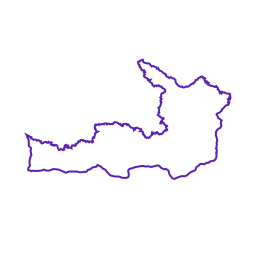 San Felipe, Guainía, Colombia, rotated 110°
{"feature_id": "7082276B30016646196042", "entity_name": "San Felipe", "entity_type": "district", "adm_level": 2, "iso_a3": "COL", "parent_name": "Colombia", "parent_adm1": "Guainía", "projection": "orthographic", "projection_center": [-67.469, 2.054], "detail": "fine", "context": "isolated", "style": "outline", "palette": "violet", "viewbox_px": 256, "rotation_deg": 110, "n_neighbors": 0, "source": "geoboundaries", "source_scale": "gbopen_adm2", "svg_char_len": 5810}
<svg xmlns="http://www.w3.org/2000/svg" viewBox="0 0 256 256"><g transform="rotate(110 128 128)"><path d="M201.6,204.0L200.8,203.2L200.2,200.8L198.1,195.6L195.9,192.8L195.9,190.3L195.4,188.5L194.2,186.4L192.6,184.8L191.8,183.4L190.8,178.7L191.3,171.2L188.9,168.2L186.5,161.3L186.1,158.2L185.1,155.6L184.1,154.2L184.2,153.5L182.8,151.8L181.2,151.5L179.8,149.4L177.2,147.8L175.1,144.4L173.2,144.0L173.6,140.0L174.6,138.1L175.0,134.8L176.3,133.1L178.6,128.4L178.1,124.0L176.7,119.8L176.8,117.1L176.3,114.6L174.7,111.4L173.5,110.9L171.4,111.3L168.1,113.3L166.8,113.1L165.2,111.8L164.4,110.2L162.4,108.0L159.2,102.5L158.4,100.1L158.2,98.5L157.0,95.7L156.8,93.1L152.9,87.1L152.9,85.5L154.0,83.7L154.4,81.2L154.3,79.7L153.5,78.5L153.9,76.1L154.5,75.2L157.6,73.0L160.2,68.9L159.8,66.8L156.6,63.5L154.6,60.6L153.9,58.1L152.4,56.5L149.2,54.8L147.4,53.4L145.1,50.7L143.9,50.3L141.5,50.4L139.2,48.7L137.4,48.1L136.4,46.5L136.0,43.9L134.0,42.4L133.0,40.3L130.8,38.8L129.1,35.8L126.9,35.0L124.8,35.0L123.6,35.4L123.3,35.8L121.5,36.1L121.3,36.6L120.3,36.4L119.5,36.9L118.7,36.8L117.5,37.5L117.2,38.4L116.0,38.1L114.8,38.7L113.1,38.8L111.4,39.8L109.2,39.8L104.3,43.2L102.9,43.4L102.1,44.0L99.7,43.7L97.7,42.7L96.3,41.4L94.6,41.1L93.6,41.1L91.9,42.4L90.1,42.8L88.9,42.5L87.5,47.1L86.0,48.0L85.2,49.4L84.3,49.4L81.8,47.0L79.2,45.8L77.8,46.0L77.3,45.4L73.4,43.8L72.0,41.7L71.0,41.6L70.0,42.9L69.6,42.8L69.6,41.6L69.1,41.5L66.8,43.9L66.4,42.9L65.7,42.5L65.2,43.3L64.6,43.3L65.5,42.0L64.8,42.0L61.1,43.9L61.9,47.8L61.6,50.0L62.3,51.1L62.0,51.7L63.3,51.9L62.5,52.8L63.7,53.4L63.1,54.1L62.2,54.2L61.9,55.1L61.2,55.7L61.1,56.9L60.1,57.0L59.2,57.8L59.3,59.0L58.5,59.5L59.1,60.3L59.8,60.5L59.6,63.4L60.1,64.7L59.6,65.8L59.8,66.5L59.4,67.0L59.8,67.5L58.6,68.3L57.9,67.9L57.8,68.8L58.1,69.1L59.1,68.9L59.3,69.3L58.6,70.1L58.6,70.7L57.3,70.4L57.5,71.7L56.3,72.9L55.0,72.4L54.8,73.3L55.2,74.5L54.4,74.8L54.2,75.9L54.9,77.1L55.3,77.0L57.2,79.0L58.9,79.3L59.8,80.8L61.3,80.8L62.7,81.4L63.1,81.9L63.7,81.6L65.2,83.7L65.8,83.8L68.0,85.2L69.0,86.4L68.9,87.3L70.1,88.3L70.8,89.5L71.1,90.4L70.5,91.4L71.3,92.5L71.2,94.7L70.8,95.0L70.8,95.7L69.3,98.2L68.3,99.2L66.6,99.9L65.8,101.7L66.1,103.0L65.6,105.1L66.9,106.3L66.4,107.3L66.6,107.9L66.3,109.3L66.0,110.0L64.9,110.4L64.8,111.4L64.3,111.7L64.5,112.9L63.2,115.9L63.2,118.3L62.0,119.5L62.1,120.1L61.6,120.3L62.4,121.0L61.6,121.8L61.2,122.9L61.4,126.2L62.1,126.8L60.2,129.9L61.0,133.4L60.8,135.9L60.4,136.6L58.8,137.4L60.6,139.7L61.4,139.6L61.6,140.3L62.6,141.2L64.6,139.9L64.8,138.9L65.6,138.7L66.0,137.9L67.0,137.7L67.2,136.3L69.0,134.9L68.3,132.9L69.7,132.4L69.0,131.6L69.6,130.9L70.9,131.6L72.0,130.4L73.2,131.1L74.3,130.2L75.1,125.8L76.0,125.8L76.4,125.0L75.2,123.4L76.7,123.7L77.3,123.0L77.9,120.4L79.2,119.8L80.1,117.8L78.8,117.2L78.5,116.2L78.9,115.4L77.5,114.1L77.5,113.3L78.1,113.0L77.6,111.1L78.0,110.9L78.0,110.0L78.7,109.4L78.9,107.1L80.1,105.7L81.5,105.7L82.0,106.4L83.3,106.8L83.7,108.0L84.8,108.4L87.0,107.5L88.2,108.1L88.9,107.5L89.2,106.3L91.0,107.0L91.9,105.7L92.6,106.1L93.1,105.3L97.3,105.3L98.5,106.4L100.0,104.9L102.9,104.5L102.9,104.0L105.6,104.4L105.8,103.3L106.5,102.4L106.2,101.6L107.0,100.4L107.1,99.1L106.5,98.1L107.2,97.7L108.1,98.6L109.6,98.5L110.5,99.2L111.4,98.7L111.9,99.3L112.6,99.2L112.3,98.2L111.5,98.0L110.8,97.3L111.2,95.9L112.1,95.4L112.7,92.0L112.9,91.8L113.6,92.6L114.2,92.6L115.4,91.8L115.8,91.0L116.9,91.9L117.1,91.1L119.0,93.1L119.9,93.6L120.9,93.6L122.5,94.6L122.5,95.7L123.3,96.3L123.0,97.3L122.5,97.8L122.8,98.4L121.9,99.3L122.7,100.1L123.9,100.3L124.5,101.5L123.7,102.3L123.9,103.9L124.7,103.6L125.4,103.8L126.1,103.0L128.9,104.5L129.6,104.5L130.3,105.2L130.3,106.8L131.0,107.2L130.6,108.9L129.6,109.4L129.6,110.3L128.7,110.8L128.8,111.4L128.0,111.7L128.1,112.2L126.7,112.6L126.4,114.3L126.7,115.2L126.2,114.9L125.8,115.3L125.0,114.9L124.6,115.3L124.9,116.3L124.6,119.7L125.2,120.1L125.5,121.3L127.0,120.8L127.3,121.5L128.0,121.7L127.0,122.4L126.3,123.5L126.5,125.7L124.6,128.9L125.4,129.7L125.4,130.1L124.6,130.6L125.5,133.2L126.5,134.1L127.5,133.4L128.1,133.7L127.9,135.3L126.8,136.7L127.4,137.4L126.6,139.7L126.9,142.3L128.0,142.9L128.2,143.3L129.6,143.6L129.8,144.9L130.6,146.3L130.6,147.7L131.8,149.1L131.0,149.8L131.2,150.5L132.0,151.9L132.8,151.9L132.7,152.8L133.3,154.1L133.9,154.5L134.3,155.9L134.8,156.2L134.3,156.6L134.8,157.0L135.6,158.7L136.1,158.7L136.0,159.8L137.9,159.8L140.0,158.7L140.2,157.9L141.4,157.5L141.8,156.6L141.7,155.1L144.3,157.2L145.1,156.8L147.5,156.6L148.0,156.9L148.7,156.5L148.9,157.7L149.4,157.7L151.8,157.3L152.3,156.5L153.1,156.2L153.8,156.8L153.3,157.4L153.9,159.6L154.7,159.8L154.5,160.7L154.1,160.7L154.1,161.5L155.5,162.9L154.8,163.6L155.4,165.6L154.7,165.9L155.6,168.5L157.4,168.7L157.6,170.1L159.6,170.1L161.0,171.7L162.0,171.2L162.6,171.3L163.1,172.0L162.8,173.0L163.6,174.5L165.0,174.3L165.9,175.2L166.3,174.8L166.2,175.7L167.3,177.8L167.1,178.9L166.4,177.8L165.6,177.8L165.0,178.3L165.4,179.3L164.9,180.3L165.7,181.1L166.3,181.4L167.1,181.1L167.6,180.4L168.3,181.3L169.2,180.9L170.1,181.5L170.4,180.8L171.0,181.5L170.6,183.9L171.5,184.3L172.3,185.4L170.9,187.0L169.2,188.1L168.5,189.5L168.5,189.9L169.5,190.9L169.3,191.8L169.9,191.8L169.9,194.8L167.8,194.7L168.2,196.7L168.8,197.3L168.5,197.8L169.2,197.9L169.6,198.9L169.0,199.8L169.7,201.6L170.8,202.5L171.3,202.5L172.0,203.7L171.7,204.5L170.3,205.2L170.8,206.1L170.2,206.9L170.1,208.3L171.1,209.2L170.4,210.4L171.3,212.8L170.8,214.0L171.0,215.3L170.4,216.0L169.6,215.9L169.8,217.3L169.5,217.7L169.9,218.2L169.4,218.9L169.1,221.0L170.0,220.0L171.3,219.4L172.2,218.1L173.9,216.8L175.8,216.4L176.8,215.5L177.8,215.5L178.8,214.9L180.1,212.3L183.1,211.6L186.5,209.5L188.1,209.9L189.4,209.5L191.8,209.5L195.4,208.2L196.5,207.3L198.7,207.6L199.3,208.0L201.2,207.6L201.8,207.2L201.4,205.1L201.6,204.0Z" fill="none" stroke="#5b21b6" stroke-width="2"/></g></svg>